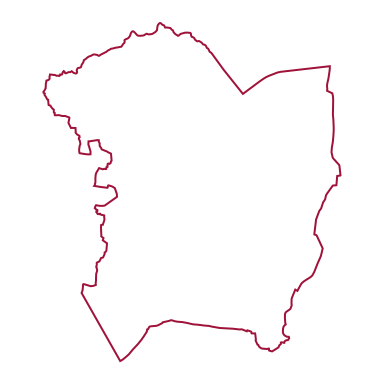 outline of Nong Saeng, Saraburi, Thailand
{"feature_id": "78962969B44780208263164", "entity_name": "Nong Saeng", "entity_type": "district", "adm_level": 2, "iso_a3": "THA", "parent_name": "Thailand", "parent_adm1": "Saraburi", "projection": "natural_earth1", "projection_center": [100.788, 14.482], "detail": "fine", "context": "isolated", "style": "outline", "palette": "rose", "viewbox_px": 384, "rotation_deg": 0, "n_neighbors": 0, "source": "geoboundaries", "source_scale": "gbopen_adm2", "svg_char_len": 5749}
<svg xmlns="http://www.w3.org/2000/svg" viewBox="0 0 384 384"><path d="M329.8,66.2L280.8,71.8L277.5,72.5L269.0,75.8L266.0,77.2L263.4,78.8L259.8,81.3L242.9,93.9L223.6,69.7L211.3,52.8L210.5,52.4L209.6,51.6L208.2,48.7L206.9,47.9L205.7,45.5L204.5,44.7L203.2,44.5L201.6,42.6L199.4,41.2L198.8,41.0L197.6,41.3L197.1,41.3L194.9,39.6L194.5,38.5L194.3,38.1L192.6,37.0L191.7,36.8L191.5,36.5L191.1,35.3L190.9,33.7L190.6,33.2L190.3,32.9L187.1,32.6L185.0,32.7L180.6,33.9L178.6,35.6L178.2,35.8L177.9,35.8L176.7,34.9L175.3,34.1L174.2,32.9L173.6,32.2L173.0,30.5L171.6,29.6L170.9,28.6L170.2,28.0L167.0,27.5L165.1,27.5L164.9,27.1L164.1,25.4L162.4,24.8L160.9,23.3L160.0,23.0L159.4,23.3L158.7,24.0L157.7,25.4L157.4,26.9L157.0,30.1L156.8,30.4L155.5,31.9L152.7,33.7L151.7,34.1L148.7,34.4L148.1,34.3L147.1,33.8L146.6,33.8L146.2,33.9L144.3,35.1L143.3,35.5L140.6,35.8L138.4,35.7L137.7,35.5L137.0,35.0L135.4,33.2L134.0,31.8L133.1,31.3L132.5,31.3L131.9,31.7L131.1,32.8L130.8,33.4L130.0,35.9L128.6,37.8L127.5,38.6L126.2,39.0L124.6,40.0L124.5,40.4L124.6,42.0L124.5,42.7L123.4,43.7L122.0,45.8L121.3,46.7L118.8,47.2L115.1,47.8L113.2,48.4L110.9,48.8L109.6,49.7L108.1,50.4L106.2,51.9L100.5,54.8L99.1,55.8L98.6,55.8L97.1,54.9L94.0,54.4L93.1,54.6L91.2,55.7L88.5,56.7L86.9,57.9L85.5,59.2L84.0,60.0L83.2,62.5L82.0,64.2L81.6,65.0L81.1,66.8L80.9,67.2L80.1,67.6L78.1,68.0L77.5,68.4L76.7,70.2L76.7,70.7L77.0,71.5L77.1,72.1L76.9,72.8L76.5,73.3L75.7,73.5L74.2,73.1L73.1,72.5L72.0,71.4L71.6,71.2L70.4,72.1L68.3,72.2L66.6,73.1L65.6,73.3L65.2,73.1L65.0,72.9L64.5,71.6L63.7,71.1L63.0,71.9L62.7,72.8L62.4,73.1L62.1,74.4L61.5,74.6L60.1,74.5L59.9,75.5L59.4,75.9L59.1,76.0L58.0,75.6L56.6,75.8L54.7,74.9L53.4,75.0L53.0,74.8L50.0,74.5L49.8,75.6L49.5,76.6L49.6,78.8L48.7,79.8L47.2,80.4L46.4,80.6L46.1,82.8L45.8,83.8L45.8,85.9L45.6,87.4L45.8,88.0L45.6,88.4L44.2,90.9L43.5,91.6L43.5,92.7L44.8,93.5L44.5,94.4L44.5,94.8L46.0,97.0L47.2,99.4L48.1,99.7L48.6,105.0L49.0,105.2L50.4,105.6L51.3,107.1L52.5,108.7L53.8,109.6L53.8,112.3L54.0,112.6L54.7,112.9L54.7,115.0L54.8,115.2L55.6,115.3L58.8,115.1L62.3,116.0L65.2,116.0L69.3,117.5L69.4,118.1L68.5,122.5L68.5,123.0L71.0,128.0L72.6,127.9L75.5,128.0L75.7,131.4L75.6,132.6L76.9,134.3L79.4,135.8L79.6,137.3L79.0,137.6L78.8,138.7L79.0,139.3L79.7,140.4L80.4,143.9L80.3,144.4L79.7,145.6L79.1,149.7L79.3,152.2L79.6,153.2L85.9,154.2L88.7,154.4L90.5,154.3L90.5,151.4L89.5,148.1L89.1,146.5L88.4,144.8L88.5,141.3L89.5,141.3L97.4,140.1L98.8,140.2L98.8,141.7L99.5,143.0L99.7,143.5L99.6,144.4L99.8,146.2L101.0,147.7L101.7,149.4L107.2,151.6L108.1,152.3L110.8,153.5L111.0,153.7L111.6,160.7L110.9,161.4L110.7,162.9L110.5,163.2L109.4,163.9L108.3,163.5L107.7,163.9L107.4,165.5L107.6,165.8L107.4,167.0L106.5,167.1L106.2,169.0L105.6,169.1L104.3,168.8L102.7,169.3L99.1,168.1L96.3,172.8L95.9,173.9L95.6,175.5L95.4,178.4L95.4,182.2L95.1,183.6L94.9,184.0L94.9,184.9L94.2,185.9L101.0,187.0L107.4,187.8L107.6,187.6L108.1,185.6L108.3,185.4L109.5,185.6L112.0,186.4L112.9,186.9L114.8,188.1L116.8,193.8L117.0,196.7L116.9,196.9L104.7,205.6L102.1,205.9L99.4,205.8L96.1,205.2L95.1,206.8L95.1,207.6L94.8,208.0L94.8,208.3L95.6,208.7L96.2,209.8L97.3,210.0L97.4,211.1L96.3,212.0L97.8,214.1L98.1,214.1L98.7,213.8L100.0,213.8L100.0,214.3L100.8,214.5L101.3,214.8L104.2,215.4L104.2,217.4L104.5,219.2L104.2,220.6L103.0,224.2L102.9,224.7L101.2,224.9L101.1,225.1L101.0,227.3L101.3,234.4L101.3,236.4L103.5,238.1L102.8,240.3L107.0,243.3L106.4,250.6L106.0,251.4L105.7,251.7L104.6,252.5L104.7,253.4L104.6,254.0L103.1,257.4L102.8,257.6L101.1,258.0L99.4,261.4L96.9,262.6L96.7,262.9L96.8,264.8L96.2,266.9L96.6,267.3L96.7,268.2L97.2,270.6L96.2,273.8L96.0,278.5L96.0,280.7L95.7,282.8L95.8,285.0L93.2,285.9L90.7,286.2L83.8,284.1L83.4,284.1L83.1,284.5L82.6,290.2L81.6,293.0L120.2,361.0L122.4,359.8L124.7,358.0L128.8,354.4L132.6,349.8L137.9,344.1L141.4,339.8L143.5,336.8L146.8,331.7L147.1,329.6L147.2,329.4L147.9,329.3L148.2,329.1L149.0,327.2L150.1,326.4L156.3,325.8L157.8,325.4L162.3,323.1L162.4,322.6L162.8,322.3L169.0,320.9L171.0,320.2L172.2,320.4L174.3,321.1L177.4,321.7L182.4,322.1L186.8,322.9L192.9,324.3L198.6,324.8L204.8,325.6L208.9,325.9L212.3,326.7L219.8,328.0L232.7,328.7L240.0,329.5L240.9,329.3L241.8,329.3L246.8,331.3L247.2,330.4L247.4,330.3L251.1,331.6L251.3,331.8L251.5,333.2L251.7,333.4L255.1,333.4L255.5,335.9L255.6,337.3L255.9,339.4L255.6,340.4L257.4,344.5L258.2,344.8L259.0,346.5L259.5,347.0L260.9,348.1L262.2,348.6L267.0,349.0L268.8,348.5L269.0,348.8L269.0,350.2L269.1,350.5L269.9,350.8L272.1,351.4L278.2,347.6L278.6,347.1L279.3,345.3L280.3,344.6L280.8,344.1L280.9,343.6L280.8,342.8L280.9,342.5L282.0,342.3L282.8,342.5L283.6,342.8L284.3,342.8L284.6,341.4L284.9,341.1L285.6,340.7L286.3,340.2L287.8,340.2L288.2,339.9L288.5,339.2L289.0,338.6L289.2,338.2L289.1,337.7L288.8,336.8L286.8,336.7L285.0,335.7L283.9,334.7L283.6,334.3L283.2,333.4L282.9,332.1L283.0,329.0L283.4,327.1L284.1,325.9L284.6,325.3L284.9,325.0L285.7,324.5L285.3,323.0L284.9,318.1L285.0,314.2L285.3,313.2L285.7,312.4L286.1,312.0L289.9,309.3L290.5,308.7L291.7,305.4L291.5,303.1L291.6,299.1L291.8,298.1L295.3,289.6L297.4,290.9L299.7,286.6L301.2,284.0L301.9,283.0L304.5,280.9L310.1,277.4L311.9,275.9L312.6,275.0L314.3,271.8L317.8,263.0L320.7,256.5L321.4,254.0L322.7,248.4L316.7,235.5L316.3,235.1L314.4,234.5L314.3,234.3L316.1,219.4L319.3,210.9L321.1,208.5L323.1,202.4L325.1,199.4L325.5,197.6L325.8,196.1L326.3,194.8L326.9,193.8L332.7,185.7L333.0,185.5L336.2,185.3L336.4,185.2L337.2,176.0L340.3,175.5L340.5,175.3L339.4,165.6L339.1,164.9L333.2,158.4L332.7,157.5L331.5,152.3L331.9,147.1L332.8,142.2L333.4,135.8L333.7,130.3L333.7,127.8L333.4,120.1L332.9,114.6L333.2,99.7L332.9,95.9L332.3,93.3L327.1,90.8L327.3,88.6L327.1,87.2L327.0,85.7L327.4,82.9L328.4,78.7L329.4,72.0L329.8,68.7L329.8,66.2Z" fill="none" stroke="#9f1239" stroke-width="2"/></svg>